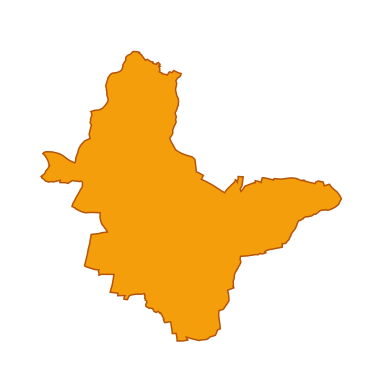 Apoldu De Jos, Sibiu, Romania, rotated 351°
{"feature_id": "2599482B80267229477921", "entity_name": "Apoldu De Jos", "entity_type": "district", "adm_level": 2, "iso_a3": "ROU", "parent_name": "Romania", "parent_adm1": "Sibiu", "projection": "natural_earth1", "projection_center": [23.854, 45.907], "detail": "fine", "context": "isolated", "style": "filled", "palette": "amber", "viewbox_px": 384, "rotation_deg": 351, "n_neighbors": 0, "source": "geoboundaries", "source_scale": "gbopen_adm2", "svg_char_len": 5948}
<svg xmlns="http://www.w3.org/2000/svg" viewBox="0 0 384 384"><g transform="rotate(351 192 192)"><path d="M335.5,226.4L336.6,224.4L338.1,222.8L338.5,222.1L337.3,218.4L335.4,214.8L330.7,209.3L329.9,207.8L329.1,205.9L328.0,205.9L323.7,206.6L323.1,202.7L322.8,202.4L322.0,202.1L320.9,202.1L320.3,201.5L318.2,200.9L317.7,201.0L315.8,201.6L314.9,203.0L309.9,201.0L306.3,199.4L305.3,198.9L305.2,198.3L304.7,197.9L304.3,197.8L303.9,198.3L303.5,198.3L303.2,197.6L301.9,197.9L297.1,194.9L293.0,193.8L291.1,193.5L281.9,193.2L275.2,191.6L274.2,193.0L272.3,192.0L269.3,190.7L265.8,189.4L263.7,188.9L262.6,191.1L261.7,193.5L259.6,192.0L256.2,190.7L255.9,192.7L254.2,192.6L245.3,194.5L241.4,198.5L240.2,199.0L240.2,196.5L242.5,193.3L244.9,185.0L240.0,183.9L239.7,185.2L239.8,185.8L239.2,187.4L238.8,187.7L238.4,189.5L237.2,186.9L236.8,186.6L236.6,187.2L235.9,188.5L226.9,194.9L224.2,197.8L221.8,196.0L215.0,189.8L211.9,187.2L207.2,183.6L203.2,180.9L205.8,177.5L202.1,174.4L199.5,172.7L199.9,163.7L199.9,160.2L197.6,157.3L192.0,154.7L188.1,152.5L184.2,149.5L182.1,147.3L181.9,146.1L179.3,139.2L178.7,137.1L178.5,135.6L178.6,135.0L180.6,133.2L182.2,131.0L182.6,128.0L182.8,127.4L184.0,125.6L184.3,124.5L185.6,123.1L187.3,120.4L187.3,120.0L187.1,118.3L187.3,117.4L188.3,115.3L187.8,112.3L187.9,110.9L188.7,110.0L190.5,107.0L191.0,105.6L192.1,104.2L192.2,103.0L192.9,100.4L193.0,98.5L192.9,97.0L192.1,94.8L191.7,88.9L192.3,86.4L192.9,85.3L193.8,82.5L193.8,81.7L193.5,79.6L194.3,78.5L196.3,76.7L197.4,76.5L198.1,76.1L199.1,74.8L199.8,73.3L198.3,72.7L196.7,71.8L193.0,69.2L192.2,69.7L191.4,70.7L190.9,71.0L189.3,70.0L188.3,69.9L187.1,71.3L185.8,72.6L184.6,71.9L181.0,70.5L181.1,70.0L181.0,69.8L178.5,68.2L179.3,67.0L179.0,66.4L179.3,65.9L179.5,64.9L179.0,63.2L180.3,62.8L179.2,61.7L180.4,60.8L179.6,59.9L179.1,58.9L177.3,59.3L177.0,60.3L175.7,59.9L174.5,59.3L173.4,58.4L173.8,57.5L171.5,56.6L168.5,54.0L166.6,54.6L166.2,53.6L165.4,52.5L163.6,48.6L163.0,48.0L161.5,46.7L162.0,46.4L162.2,46.1L162.1,45.9L160.6,45.2L157.6,44.3L156.5,44.1L155.4,44.2L154.6,44.8L153.1,46.2L150.2,46.9L148.8,47.7L148.0,48.4L147.6,49.2L147.4,50.6L147.1,51.4L146.7,52.1L144.1,54.9L143.7,55.5L143.3,57.5L142.0,59.8L141.1,60.9L138.9,61.9L137.8,61.9L136.0,62.4L132.7,62.1L130.9,62.5L129.6,63.3L127.1,65.8L123.4,73.6L123.6,75.9L123.4,78.3L123.6,80.1L123.2,81.6L123.2,83.8L123.7,86.7L123.5,88.0L123.1,89.3L122.2,90.4L119.5,93.2L117.1,95.0L116.1,95.5L112.9,96.4L108.8,96.1L104.7,96.7L105.1,97.3L105.0,98.9L105.2,100.5L103.3,103.7L103.0,106.0L102.2,107.4L102.4,108.6L103.1,109.6L103.1,110.6L102.2,111.9L101.6,113.9L100.6,115.8L100.1,117.3L99.4,118.7L99.5,119.4L99.5,121.7L99.8,123.2L94.4,124.6L91.4,126.7L89.3,128.6L87.4,131.0L86.2,133.0L85.5,135.0L83.7,138.0L82.5,140.5L81.8,143.3L81.0,144.8L80.7,144.9L76.8,142.3L74.1,140.0L71.8,137.5L69.0,134.9L66.1,133.0L60.6,130.7L58.5,130.2L54.6,129.5L53.2,129.5L51.5,130.0L50.7,130.8L51.8,131.9L52.6,133.3L54.0,136.7L54.7,138.9L54.9,141.5L55.5,143.4L54.8,143.7L55.1,144.2L52.9,146.7L50.9,148.4L49.3,150.9L45.5,153.0L46.3,153.6L45.8,154.3L46.0,154.7L47.8,156.3L48.5,157.7L49.2,158.3L51.1,159.2L51.4,159.6L55.6,159.8L56.2,160.4L63.7,159.8L63.3,160.6L63.0,162.0L68.7,163.1L71.0,164.1L72.9,163.1L74.2,162.7L75.3,162.0L76.9,162.3L78.5,163.0L80.9,163.4L81.6,163.8L82.6,164.1L84.4,164.0L85.0,164.7L85.3,166.1L84.8,167.8L84.4,169.9L82.1,172.3L81.2,173.7L76.2,179.9L74.6,182.2L73.1,184.0L72.0,185.8L71.2,187.6L72.3,188.1L73.1,189.0L74.2,189.5L74.4,190.3L77.2,192.4L80.6,194.6L83.4,195.8L89.3,196.4L98.0,198.1L97.5,201.2L97.2,202.0L97.4,202.8L97.1,203.7L97.8,209.4L98.8,211.2L99.3,211.7L99.5,212.5L101.4,216.0L102.2,218.3L96.4,218.1L93.0,218.5L85.8,218.1L82.6,227.7L80.8,231.7L78.7,237.7L74.5,247.6L74.4,248.1L75.6,249.2L83.7,253.3L87.8,254.4L87.3,255.0L87.1,256.3L87.4,256.9L87.4,258.4L87.0,259.5L90.2,259.2L102.0,261.2L99.8,268.2L98.3,272.1L96.2,276.4L95.5,278.2L102.8,280.3L103.0,280.5L103.0,280.8L102.4,282.8L109.7,283.8L108.4,285.7L107.9,287.0L108.8,287.5L111.4,288.2L112.7,286.1L113.9,284.7L116.2,284.1L120.5,284.2L121.5,284.1L122.7,284.7L124.1,284.5L125.6,285.1L128.9,284.8L129.2,285.0L129.2,285.3L128.9,286.6L129.5,287.4L129.2,288.0L128.7,288.5L128.6,289.1L128.7,289.7L129.3,290.5L128.9,291.4L129.7,292.0L130.2,292.9L129.9,294.4L128.7,295.7L128.6,297.8L131.6,300.3L132.6,300.1L134.2,300.6L134.5,300.8L134.5,301.3L135.4,301.9L135.5,303.4L136.3,304.4L138.0,305.4L139.9,304.5L141.2,306.6L141.5,306.9L142.1,306.5L144.1,312.0L144.3,313.0L143.8,313.2L144.4,316.6L146.1,316.9L148.8,316.7L150.4,316.9L150.6,317.6L150.6,322.7L150.6,326.7L150.4,328.7L152.8,329.1L154.2,329.2L154.3,334.0L154.0,336.8L159.4,337.7L164.7,337.6L163.7,334.4L168.6,336.8L175.2,339.6L175.7,339.8L178.2,339.6L182.5,339.9L184.3,339.7L185.4,339.2L186.9,338.0L192.7,337.2L194.9,333.6L195.5,332.3L198.6,331.5L198.8,327.6L199.0,318.4L199.2,317.1L199.8,314.3L200.5,313.4L204.2,312.8L205.0,312.4L207.2,309.9L209.4,307.8L211.2,305.6L211.5,304.9L211.8,303.3L212.1,298.3L211.8,294.6L218.3,293.2L217.8,292.2L218.2,291.7L217.9,291.3L218.2,291.1L218.3,290.7L218.6,288.5L218.6,287.0L220.4,283.2L220.4,282.2L221.3,279.7L222.9,277.2L223.4,277.0L224.3,275.4L224.8,275.3L226.5,272.7L227.6,271.6L229.2,269.1L229.3,268.5L229.3,267.8L229.0,267.3L229.0,266.4L229.2,264.9L229.9,263.1L235.8,263.7L244.3,263.8L245.7,263.9L247.4,264.3L247.9,264.2L249.0,263.3L251.3,264.1L252.4,264.1L255.4,263.6L254.6,262.1L257.9,261.2L260.0,261.0L262.9,261.0L269.0,260.7L272.4,260.7L273.2,257.1L273.8,257.4L276.5,257.4L278.7,255.3L279.8,254.7L280.9,253.4L282.1,251.3L282.8,250.7L283.2,249.4L283.4,249.0L288.3,244.3L289.8,242.0L291.2,239.2L293.2,236.7L293.7,237.0L294.8,237.0L296.9,235.8L297.8,235.8L298.3,235.0L300.8,234.1L301.4,234.4L302.6,234.6L303.3,234.6L303.8,234.4L305.4,234.5L307.5,234.0L308.9,232.9L310.1,233.2L311.1,233.2L315.7,230.4L317.3,230.5L318.1,230.1L320.2,230.7L321.2,230.3L322.5,231.1L323.3,231.3L325.2,231.1L328.0,230.4L331.1,229.3L334.0,227.7L335.5,226.4Z" fill="#f59e0b" stroke="#b45309" stroke-width="1.5"/></g></svg>